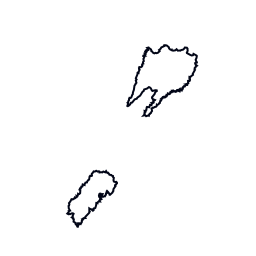 Hpa-An, Kayin, Myanmar, rotated 239°
{"feature_id": "60261553B96608852730046", "entity_name": "Hpa-An", "entity_type": "district", "adm_level": 2, "iso_a3": "MMR", "parent_name": "Myanmar", "parent_adm1": "Kayin", "projection": "albers", "projection_center": [97.347, 18.013], "detail": "fine", "context": "isolated", "style": "outline", "palette": "ink", "viewbox_px": 256, "rotation_deg": 239, "n_neighbors": 0, "source": "geoboundaries", "source_scale": "gbopen_adm2", "svg_char_len": 5807}
<svg xmlns="http://www.w3.org/2000/svg" viewBox="0 0 256 256"><g transform="rotate(239 128 128)"><path d="M183.4,188.2L185.8,187.2L185.6,186.9L186.0,186.4L186.5,186.7L186.8,185.7L185.6,185.9L185.2,184.7L185.0,185.6L184.4,185.5L184.6,183.6L185.3,183.7L185.3,183.3L184.6,182.9L183.7,183.1L183.5,182.5L184.2,181.9L183.0,181.5L183.2,180.9L182.4,181.1L182.4,180.3L181.9,180.1L182.0,179.4L181.0,179.8L181.2,179.1L181.9,178.8L182.0,178.3L181.8,178.1L180.9,178.7L180.1,178.2L179.3,176.8L177.2,176.0L176.9,175.0L176.0,174.2L175.3,174.2L175.4,173.3L174.8,172.4L174.0,172.4L173.5,171.5L173.5,170.2L174.3,169.2L173.8,168.9L173.8,168.3L172.5,167.7L171.9,167.9L170.8,166.2L169.8,165.4L170.5,164.9L170.5,164.7L169.1,163.7L166.6,160.3L165.1,160.3L164.8,159.2L162.4,158.5L162.1,157.3L161.6,157.0L161.0,155.4L157.7,152.7L155.9,150.5L154.5,149.5L154.3,148.8L152.5,146.5L152.5,145.4L153.1,144.8L152.3,143.7L151.4,143.4L150.8,142.0L149.8,141.3L149.8,140.6L148.7,140.6L147.3,138.8L146.8,139.1L146.8,140.5L147.1,141.9L148.1,143.5L147.7,144.7L149.1,148.5L148.6,150.6L149.2,151.6L149.5,155.1L151.6,159.2L151.6,160.4L152.7,161.7L152.0,164.6L152.3,167.0L151.7,167.5L150.2,168.0L148.1,167.8L147.2,168.0L146.3,170.9L145.5,172.0L144.9,171.8L144.9,170.6L144.1,169.0L143.4,168.3L142.0,164.4L141.0,164.0L140.7,164.2L139.9,164.1L138.4,165.3L138.3,164.3L138.0,164.5L138.0,163.6L136.6,163.1L136.6,162.5L137.2,162.0L137.0,161.7L137.2,161.2L136.5,161.4L136.2,160.3L135.5,159.8L136.5,158.7L134.8,157.0L136.3,155.1L136.1,154.7L134.0,153.0L134.0,152.4L133.2,151.7L134.0,151.0L132.3,150.3L132.3,149.7L131.2,149.2L130.7,147.8L130.2,149.3L128.8,149.6L128.3,151.9L127.8,152.2L128.7,153.1L128.7,153.8L129.1,154.1L129.0,155.3L129.5,155.8L130.2,157.4L132.5,158.2L132.7,159.5L132.2,160.2L132.3,161.6L131.8,162.9L132.0,163.8L133.0,164.6L132.7,164.7L132.6,166.5L133.2,167.3L133.0,168.1L134.3,169.3L134.3,169.6L134.8,169.9L134.5,170.4L134.8,171.0L135.2,171.2L135.6,171.8L136.0,171.6L136.1,172.2L135.6,172.5L135.6,172.9L136.2,173.0L136.6,173.7L136.4,174.7L135.2,175.2L135.1,176.1L135.2,176.4L135.7,176.2L135.5,176.8L135.9,176.8L135.9,177.5L136.4,177.9L135.9,178.3L136.4,178.7L136.3,179.2L137.0,179.8L136.8,179.9L136.2,179.7L135.7,181.0L136.2,181.2L135.9,181.6L136.1,182.3L136.6,182.5L136.4,182.8L136.8,183.1L136.4,183.5L136.8,184.4L137.4,184.7L137.0,185.4L136.4,185.3L136.8,186.1L136.4,186.3L136.3,185.8L135.8,185.7L135.4,186.4L135.5,187.1L134.8,188.2L134.6,188.0L134.6,187.4L134.4,187.5L134.3,188.5L134.9,188.8L135.3,189.6L134.9,190.5L134.8,190.2L134.4,190.3L134.6,191.1L133.8,191.5L133.2,190.8L132.8,191.1L133.8,191.9L133.2,192.0L133.2,192.4L134.0,192.4L134.3,192.8L133.7,192.8L133.5,193.3L132.7,193.5L133.4,194.2L132.9,194.3L133.0,194.6L133.7,195.5L134.5,195.8L134.5,196.6L134.9,196.7L135.1,197.4L134.4,198.2L135.0,199.0L134.8,200.4L134.4,201.0L134.8,201.4L135.6,200.7L135.3,201.7L135.7,202.4L135.5,202.8L137.5,203.7L137.5,204.2L136.8,204.4L136.6,205.0L137.2,205.9L138.7,206.6L139.1,206.3L140.2,207.0L139.6,207.7L139.9,208.8L140.1,211.1L141.1,211.4L143.3,215.3L143.8,215.1L145.1,216.1L145.1,217.1L145.9,217.7L145.9,219.2L147.7,218.6L149.0,218.9L148.7,220.5L149.3,220.5L151.7,221.2L152.7,222.7L154.3,224.1L154.9,224.0L157.8,222.3L156.9,221.2L157.3,220.0L158.6,219.0L161.9,217.1L162.3,217.2L163.2,218.6L163.9,219.2L164.5,219.3L165.3,219.9L166.5,219.8L167.7,218.2L167.1,217.0L166.8,215.4L167.4,213.9L167.4,212.6L167.7,212.4L168.7,210.5L170.5,210.2L170.2,208.6L170.9,206.8L171.7,205.8L172.3,205.5L172.7,205.8L173.2,204.8L173.6,204.6L175.0,204.2L176.2,204.6L178.8,203.7L179.5,202.9L179.5,202.2L180.0,202.2L180.3,201.6L179.6,200.8L179.9,198.1L179.1,196.6L178.9,194.8L177.6,194.8L177.1,192.3L177.5,190.9L178.3,190.2L178.4,189.0L179.7,188.2L181.3,188.1L181.8,187.6L183.4,188.2ZM100.5,87.0L102.3,87.0L101.7,85.7L103.4,84.4L103.2,83.0L104.0,82.2L104.4,80.9L104.6,80.6L105.6,81.0L106.0,80.6L106.3,79.5L107.7,78.7L107.7,77.1L108.5,76.2L107.7,74.7L107.5,73.5L106.3,72.7L105.9,72.7L105.6,72.3L106.0,71.4L106.5,71.0L106.2,70.1L103.8,68.1L103.9,67.3L103.1,65.3L102.5,64.8L103.1,63.4L102.1,61.8L101.5,61.4L103.0,60.1L102.6,59.7L101.9,59.5L101.3,58.7L101.8,57.8L100.6,56.5L101.0,55.9L100.1,54.6L99.1,55.0L96.8,53.4L96.5,52.2L96.6,51.7L97.3,51.3L96.4,50.6L95.7,49.7L96.3,49.1L95.5,49.0L95.1,48.3L95.3,47.4L95.8,47.0L95.1,46.5L95.1,46.2L95.5,45.9L95.2,45.2L95.2,43.8L95.8,43.5L96.1,42.9L94.7,40.7L94.0,38.7L92.9,38.5L91.9,37.5L91.8,36.9L89.5,35.8L87.0,35.8L87.3,34.5L87.0,34.5L86.5,33.8L85.9,31.9L84.8,32.5L84.9,33.3L84.3,33.5L84.0,34.0L83.7,36.2L83.0,37.0L82.5,37.2L81.2,35.3L80.6,35.1L80.5,34.7L80.0,34.6L80.1,34.0L78.8,34.6L78.6,34.1L77.4,34.4L75.8,33.1L74.0,34.0L72.4,33.6L72.1,34.0L69.5,33.8L69.2,34.1L70.8,36.0L72.1,36.0L71.4,37.2L70.6,37.3L70.7,37.9L70.1,38.1L71.3,40.2L72.0,40.3L72.9,41.3L73.1,41.2L72.6,41.8L72.7,42.0L73.3,41.9L73.0,42.9L73.2,43.1L73.5,42.8L73.6,43.5L72.8,45.1L73.3,45.1L73.8,45.6L75.3,51.1L75.9,51.5L76.0,52.1L76.6,52.0L79.0,53.4L78.0,53.9L77.5,54.5L75.2,55.3L75.4,56.2L76.4,56.0L76.7,57.4L76.3,58.0L76.3,58.8L78.2,60.9L80.0,62.2L79.2,63.1L79.9,63.5L80.1,65.0L79.5,66.0L80.4,65.9L80.6,66.7L81.1,67.2L80.7,67.6L80.7,68.6L81.2,68.5L81.6,67.7L82.2,68.5L82.4,68.0L82.7,68.1L83.0,68.9L83.3,68.5L83.0,68.1L83.8,67.8L85.1,68.3L86.2,69.5L86.2,70.1L85.5,70.1L85.3,70.5L85.2,69.9L84.2,70.0L84.7,70.7L84.0,70.7L83.9,71.4L83.0,70.0L82.4,70.3L81.8,71.3L81.8,72.2L81.3,73.0L81.9,73.5L81.8,74.0L82.3,74.8L83.4,75.5L83.1,76.7L84.7,77.1L84.9,77.6L83.2,78.0L81.4,78.1L80.3,77.8L80.0,78.1L80.7,81.6L81.3,82.2L81.6,83.1L82.2,83.3L83.2,84.2L84.6,87.3L85.1,87.1L85.6,87.4L85.9,88.0L85.8,88.9L86.5,89.8L86.4,90.1L86.9,90.4L87.9,90.2L88.1,89.4L89.4,88.3L90.8,88.7L92.6,90.2L93.5,89.9L94.7,90.4L95.7,89.4L96.4,89.4L97.5,88.0L98.9,88.1L99.5,87.6L100.0,87.8L100.5,87.0ZM148.3,220.9L149.8,220.9L149.4,220.6L148.3,220.9Z" fill="none" stroke="#020617" stroke-width="2"/></g></svg>